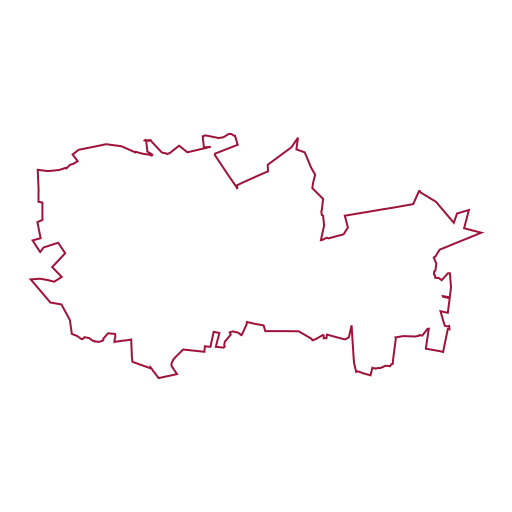 outline of La Colorada, Sonora, Mexico
{"feature_id": "50627088B56530364421655", "entity_name": "La Colorada", "entity_type": "district", "adm_level": 2, "iso_a3": "MEX", "parent_name": "Mexico", "parent_adm1": "Sonora", "projection": "orthographic", "projection_center": [-110.323, 28.724], "detail": "fine", "context": "isolated", "style": "outline", "palette": "rose", "viewbox_px": 512, "rotation_deg": 0, "n_neighbors": 0, "source": "geoboundaries", "source_scale": "gbopen_adm2", "svg_char_len": 4161}
<svg xmlns="http://www.w3.org/2000/svg" viewBox="0 0 512 512"><path d="M235.0,135.8L234.5,135.9L231.3,134.0L228.8,133.9L223.5,137.2L218.6,138.1L217.1,137.7L212.6,136.8L205.5,135.4L202.7,136.3L203.9,147.4L210.8,146.8L207.8,147.5L187.4,152.3L179.1,145.7L171.9,151.4L170.3,152.7L167.3,154.1L166.5,153.5L162.1,152.6L161.2,151.8L159.3,149.8L155.9,146.2L151.8,141.8L151.5,141.5L150.8,140.3L148.9,140.1L148.8,140.9L145.4,139.9L144.7,140.5L146.2,141.0L147.4,151.6L151.7,154.3L152.3,154.7L151.7,155.6L149.5,154.7L144.2,154.0L141.7,153.5L135.6,151.8L135.3,152.4L122.5,146.7L121.1,146.2L120.5,146.1L106.0,144.2L99.5,145.6L78.6,149.8L72.6,154.5L77.7,161.2L73.2,163.9L70.1,164.8L66.4,168.4L65.8,167.8L59.2,170.0L58.9,170.0L55.3,170.4L47.8,171.1L37.7,169.8L38.6,189.8L38.5,194.3L38.5,194.8L38.5,201.8L42.0,202.4L42.4,202.7L42.4,207.8L42.4,217.3L42.5,219.9L37.4,222.1L40.6,238.2L32.6,240.4L36.6,246.7L40.2,252.0L43.5,247.5L54.2,244.0L58.1,242.8L58.8,243.7L65.2,253.2L52.2,267.1L60.4,275.6L61.5,276.8L61.7,277.0L54.2,281.7L47.5,280.0L40.0,278.7L38.9,278.8L30.7,279.4L46.3,297.7L50.3,302.5L61.1,304.4L61.4,304.4L69.8,319.9L69.9,320.1L71.8,333.9L77.2,336.0L78.8,337.2L81.5,339.1L83.1,338.8L84.4,337.2L88.9,338.0L92.9,340.8L94.4,340.9L94.7,341.5L99.6,341.8L103.3,340.3L103.4,338.5L108.1,333.3L115.0,333.9L115.4,336.2L114.4,340.9L114.5,342.0L115.1,341.7L115.8,341.7L121.9,340.8L124.7,340.5L128.7,340.0L131.2,339.5L131.9,357.3L132.4,361.8L149.4,367.9L150.0,368.1L150.3,367.1L150.6,367.5L151.7,368.8L153.6,371.6L153.9,371.8L158.6,378.1L177.0,374.1L171.6,366.1L171.4,363.7L172.7,361.0L173.5,359.3L175.2,357.4L183.1,349.5L195.2,350.8L204.4,351.8L204.9,346.3L210.5,346.8L211.5,341.7L213.7,331.8L219.4,333.0L215.8,346.8L223.5,347.6L224.7,346.7L224.2,344.6L224.9,341.6L230.7,334.7L229.7,332.4L230.4,332.2L231.8,331.7L232.7,331.4L233.4,331.5L235.1,332.1L237.2,332.3L237.7,332.6L238.4,332.9L239.1,333.3L239.9,333.9L240.0,334.2L240.2,334.4L240.7,334.7L241.0,335.0L241.5,335.2L242.1,334.1L246.5,324.7L246.9,322.0L254.2,323.7L260.8,324.9L263.6,325.4L265.3,331.1L268.8,331.1L269.0,331.1L272.0,331.1L279.4,331.1L279.5,331.1L292.2,331.2L298.7,331.3L310.2,338.0L311.6,338.9L312.4,340.3L313.4,340.0L315.8,339.1L322.9,335.0L323.7,335.4L323.7,338.3L326.1,338.2L326.4,338.2L327.0,334.6L336.9,337.3L344.8,339.4L347.1,338.4L348.9,337.1L351.6,325.4L352.6,341.7L353.6,357.4L354.0,362.2L354.1,363.2L356.0,371.1L356.2,371.9L357.9,371.3L363.8,373.5L370.5,375.3L372.3,368.0L372.8,368.5L373.0,368.4L373.8,368.1L375.0,368.3L375.6,368.7L376.4,368.4L377.8,368.0L378.6,368.1L380.7,368.0L381.1,367.6L383.1,367.0L384.5,366.1L385.6,365.9L386.3,365.9L386.6,365.9L387.5,365.8L389.9,366.3L391.3,364.3L392.7,363.9L393.1,359.8L393.4,357.3L393.6,355.4L395.8,338.9L395.5,337.3L396.2,337.3L403.2,336.1L409.6,336.3L415.2,336.5L419.0,335.8L419.1,335.7L419.4,335.1L422.2,335.6L426.3,330.5L426.6,330.1L427.5,329.0L427.5,328.8L428.8,328.7L425.8,348.7L439.7,351.1L443.1,352.0L443.8,348.5L447.8,329.1L449.5,329.3L449.2,325.9L447.2,326.4L445.1,326.0L444.3,324.4L444.1,323.7L441.9,316.2L441.0,312.9L440.5,311.2L447.8,312.8L449.7,298.2L443.0,296.7L442.8,296.1L449.7,297.3L449.8,297.0L451.0,287.2L449.9,273.3L448.0,273.2L441.7,280.2L438.7,278.0L435.3,277.8L435.0,275.4L433.9,274.3L434.3,271.2L435.4,270.6L436.3,263.7L433.8,257.5L435.3,256.6L439.7,249.6L445.8,247.2L453.2,244.1L469.1,237.7L481.3,232.7L478.1,231.9L464.1,228.3L468.9,210.0L457.0,213.5L453.8,222.8L448.2,216.2L437.0,203.0L436.0,201.8L420.8,192.6L420.4,192.2L420.1,191.7L419.9,191.3L419.8,191.1L419.6,191.0L419.4,191.0L419.0,191.1L413.2,204.1L394.7,207.4L386.2,208.8L385.1,208.9L370.0,211.5L344.8,215.7L347.9,227.5L343.6,234.3L332.2,237.4L328.5,238.4L326.9,237.7L322.0,240.0L320.9,240.2L322.5,232.8L324.1,225.6L323.1,215.7L321.8,215.0L321.3,211.4L321.8,210.2L323.1,198.9L312.3,188.1L313.0,183.2L314.3,177.9L315.2,174.8L312.8,170.6L311.0,167.4L307.4,158.7L304.7,152.3L296.4,149.4L296.9,145.6L298.0,137.7L293.6,144.1L291.4,147.3L267.7,164.8L268.0,171.3L254.7,177.1L254.4,177.3L254.1,177.5L251.5,178.6L245.5,181.3L236.9,185.3L237.5,188.9L236.0,186.4L227.8,174.5L214.7,154.8L214.8,154.5L215.1,153.6L237.7,144.8L235.0,135.8Z" fill="none" stroke="#9f1239" stroke-width="2"/></svg>